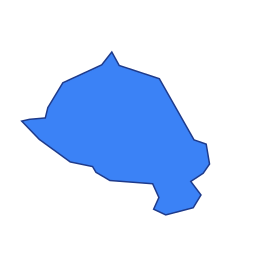 Guit, Unity, South Sudan, rotated 299°
{"feature_id": "79223893B83086090968913", "entity_name": "Guit", "entity_type": "district", "adm_level": 2, "iso_a3": "SSD", "parent_name": "South Sudan", "parent_adm1": "Unity", "projection": "equal_earth", "projection_center": [30.02, 9.198], "detail": "fine", "context": "isolated", "style": "filled", "palette": "blue", "viewbox_px": 256, "rotation_deg": 299, "n_neighbors": 0, "source": "geoboundaries", "source_scale": "gbopen_adm2", "svg_char_len": 471}
<svg xmlns="http://www.w3.org/2000/svg" viewBox="0 0 256 256"><g transform="rotate(299 128 128)"><path d="M151.8,204.2L149.6,191.5L186.3,131.5L178.4,90.0L186.6,77.0L170.5,74.4L136.0,49.1L107.0,48.0L96.7,50.8L87.8,37.6L82.5,31.7L75.0,56.0L70.3,93.9L77.1,115.7L73.7,121.5L73.3,137.6L91.2,176.6L82.2,188.7L69.4,189.8L70.3,203.1L71.4,204.3L89.9,223.7L104.8,224.3L111.7,208.8L124.9,215.7L136.0,216.8L151.8,204.2Z" fill="#3b82f6" stroke="#1e3a8a" stroke-width="1.5"/></g></svg>